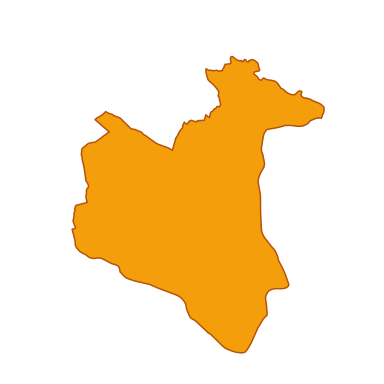 the district of Flandes, Tolima, Colombia, rotated 105°
{"feature_id": "7082276B85738842293141", "entity_name": "Flandes", "entity_type": "district", "adm_level": 2, "iso_a3": "COL", "parent_name": "Colombia", "parent_adm1": "Tolima", "projection": "albers", "projection_center": [-74.854, 4.24], "detail": "fine", "context": "isolated", "style": "filled", "palette": "amber", "viewbox_px": 384, "rotation_deg": 105, "n_neighbors": 0, "source": "geoboundaries", "source_scale": "gbopen_adm2", "svg_char_len": 5889}
<svg xmlns="http://www.w3.org/2000/svg" viewBox="0 0 384 384"><g transform="rotate(105 192 192)"><path d="M291.1,87.7L288.2,88.5L287.2,89.0L282.7,90.5L277.3,92.8L275.4,93.6L273.2,93.7L271.5,93.5L270.4,93.2L269.2,92.9L267.7,92.2L266.8,91.3L265.5,89.9L265.0,89.1L264.2,87.6L263.8,86.4L262.9,83.2L262.1,79.8L261.6,78.7L260.3,76.5L259.8,75.8L259.1,75.3L258.5,74.9L257.8,74.6L257.4,74.5L257.1,74.5L256.4,74.6L255.8,74.8L250.6,78.4L247.7,80.3L244.4,82.9L242.8,84.3L242.0,84.9L239.3,87.4L236.8,89.8L235.5,90.8L231.7,92.8L227.8,96.1L227.1,96.8L225.8,98.4L223.6,101.9L222.8,102.7L221.0,105.2L219.7,106.8L218.7,108.3L217.8,109.5L216.2,111.2L214.6,112.7L213.1,113.8L212.0,114.4L210.9,114.9L211.0,115.0L195.8,119.9L190.4,121.5L183.5,123.3L176.8,125.3L167.3,129.8L165.1,130.7L162.6,131.2L160.4,131.2L156.8,130.9L152.9,129.9L150.0,129.1L148.1,129.0L145.8,129.3L142.4,130.9L137.0,133.6L135.6,134.7L134.0,135.7L131.4,136.4L120.1,137.5L116.6,137.5L112.5,136.1L110.6,132.4L108.4,127.6L106.2,123.4L103.6,119.2L102.2,114.2L101.3,107.5L100.4,104.0L98.9,101.0L96.1,98.0L93.6,96.6L92.4,96.0L91.0,94.2L89.1,91.8L87.8,89.2L87.2,86.7L87.3,86.2L85.3,85.9L83.8,85.8L80.9,85.4L78.9,85.6L77.9,85.9L76.7,86.1L75.8,86.7L75.6,87.0L73.9,90.2L73.4,92.2L73.0,95.0L72.7,98.2L72.5,98.9L72.6,99.0L72.2,100.3L71.8,101.8L71.7,104.5L71.8,106.5L72.1,106.5L72.1,107.6L72.1,108.5L71.8,109.4L71.3,110.6L70.8,111.3L70.5,111.6L70.2,111.8L69.3,111.9L67.6,111.8L66.9,111.8L66.6,112.0L66.5,112.3L66.4,113.3L66.6,114.1L66.7,114.5L67.5,115.5L70.6,117.3L71.4,118.2L71.8,119.1L72.2,120.7L72.1,123.0L71.6,125.5L70.3,128.4L69.2,130.5L69.1,130.8L69.0,132.1L68.9,132.4L68.7,133.0L65.5,136.7L64.5,138.2L63.9,139.3L63.6,140.3L63.5,140.7L63.6,145.0L63.9,146.3L64.0,147.2L64.0,149.9L63.9,150.4L63.3,151.9L63.3,152.1L63.5,152.3L63.9,152.9L64.4,153.2L65.3,153.5L66.0,153.9L66.1,154.2L66.1,155.5L65.6,156.8L65.0,157.5L63.7,158.8L63.4,159.3L63.2,160.1L63.0,160.5L62.6,161.1L62.2,162.3L62.0,162.7L61.6,163.0L60.7,163.0L60.0,162.7L59.7,162.4L58.9,161.1L58.6,160.1L58.0,159.1L57.5,158.5L57.2,158.2L56.8,158.2L56.2,158.4L55.3,159.1L54.2,160.0L51.8,160.9L51.1,161.3L50.6,161.8L50.0,162.6L49.6,163.4L49.1,164.6L48.6,166.2L48.6,167.3L48.6,168.3L48.8,168.9L49.1,169.4L50.4,170.5L50.7,170.9L50.7,171.1L51.5,171.2L51.7,171.3L52.0,171.7L52.0,172.1L51.9,172.9L51.3,173.4L50.4,174.4L50.3,175.1L51.2,176.0L53.0,176.6L53.1,177.3L52.4,178.2L52.5,178.9L53.0,180.0L52.8,182.9L51.6,186.0L50.9,187.2L50.7,188.3L51.1,189.1L51.8,189.5L52.9,189.5L55.6,188.5L56.8,187.9L57.4,187.8L58.1,188.3L58.5,189.0L59.4,191.3L60.0,192.0L60.0,193.0L63.0,193.4L67.1,194.3L67.1,194.9L67.3,195.4L67.7,196.0L68.1,196.4L68.3,196.8L68.3,197.3L68.3,197.9L68.1,198.9L68.0,199.8L68.4,200.5L69.4,203.0L69.5,204.0L69.5,205.8L70.2,206.7L70.1,207.6L69.6,209.3L69.3,209.9L69.4,210.2L69.7,210.3L70.9,210.1L73.1,209.3L78.2,206.4L79.0,205.8L79.7,205.1L80.5,203.9L81.6,201.5L82.9,198.9L84.3,196.8L87.3,192.8L89.0,191.8L92.5,191.6L93.3,190.5L96.8,188.8L100.3,186.8L101.4,187.4L102.4,187.4L102.7,187.7L102.8,188.1L102.9,188.7L102.8,189.7L102.9,190.0L103.2,190.1L104.4,190.4L105.1,190.7L105.4,191.0L105.7,191.6L105.9,191.9L106.6,192.3L108.0,192.7L109.1,193.5L109.9,194.4L110.2,194.5L111.7,194.5L113.2,194.5L114.6,194.4L115.5,194.5L115.5,195.0L114.8,196.7L114.0,198.2L113.9,198.4L114.0,198.6L114.3,198.7L118.1,198.6L119.4,198.7L119.6,198.8L120.2,200.9L120.6,201.8L121.0,202.9L121.2,203.7L121.2,204.3L121.9,204.5L122.0,204.7L122.0,205.4L122.2,205.5L122.8,205.8L123.3,206.4L123.2,206.9L123.1,208.7L122.9,210.4L123.0,211.5L123.8,211.9L124.1,212.2L124.2,212.4L124.1,212.8L124.3,213.1L127.2,213.9L127.6,214.2L127.7,214.9L126.7,217.5L130.0,218.2L130.5,218.2L131.9,217.8L132.5,217.8L133.0,217.9L133.4,218.1L133.9,218.6L134.6,218.9L137.0,219.8L142.0,220.8L144.3,221.6L148.3,221.6L152.5,221.7L155.4,221.7L156.8,221.9L156.3,223.5L155.5,226.8L155.2,230.8L154.9,233.6L154.6,237.3L154.3,238.7L153.8,240.4L152.5,243.6L151.4,246.8L149.7,250.9L149.0,253.8L148.5,254.6L147.9,255.3L147.6,255.7L147.0,258.2L146.7,261.4L146.4,262.7L146.4,264.8L146.7,265.7L146.6,267.5L146.3,268.2L145.2,269.8L142.5,274.8L139.6,279.7L139.0,281.4L138.7,284.6L138.6,286.6L138.3,287.6L137.6,289.0L137.6,292.4L137.2,294.0L136.8,296.3L137.5,296.6L140.8,298.7L142.0,299.9L143.9,301.5L144.1,302.0L145.2,303.1L146.8,304.2L147.2,304.3L155.4,287.6L157.9,289.6L163.1,293.7L164.7,294.9L166.9,296.6L167.6,297.3L168.6,298.2L168.9,298.5L170.2,301.6L171.3,303.6L171.5,304.1L172.3,305.0L178.2,309.2L179.1,309.5L179.5,309.5L182.5,308.9L183.4,308.7L184.1,308.6L184.6,308.6L184.9,308.4L186.1,307.5L187.5,307.1L188.1,306.8L189.1,306.4L190.7,305.6L191.8,304.9L193.7,303.9L197.8,301.9L205.1,298.8L207.1,298.1L208.5,297.4L209.1,296.7L209.9,296.0L210.4,295.3L211.9,294.1L213.2,293.5L214.1,293.4L214.6,293.4L215.3,293.9L215.8,294.2L216.4,294.4L217.1,294.4L218.8,294.2L220.8,293.5L223.3,293.4L224.7,293.0L226.5,292.1L229.2,290.6L229.5,291.0L234.5,299.9L235.2,300.7L236.9,300.9L237.9,300.9L238.6,300.9L240.0,300.3L241.4,300.2L241.8,300.4L242.7,300.5L243.7,300.3L245.6,299.8L247.5,299.6L250.9,299.4L255.0,296.5L256.2,295.4L256.5,295.3L257.1,295.5L257.5,295.7L259.1,298.1L268.7,292.7L274.0,290.7L275.8,289.0L278.5,284.9L279.4,282.1L279.9,279.0L281.2,275.9L281.9,273.6L281.8,270.0L281.4,268.7L280.9,268.1L279.7,264.6L279.6,262.5L279.7,261.0L281.8,251.9L282.0,250.6L282.0,247.2L282.4,244.9L283.0,243.6L283.9,242.7L286.1,241.5L287.8,240.8L290.7,236.1L291.9,233.6L292.3,231.4L292.7,225.5L292.7,221.8L292.2,209.4L293.0,204.1L293.5,200.8L295.7,178.9L296.9,175.4L299.0,172.1L300.3,170.5L302.2,168.9L306.8,166.7L312.6,162.3L314.1,160.4L314.8,158.2L315.4,155.5L324.2,139.2L324.3,138.2L324.4,137.8L324.8,136.9L327.7,131.6L333.0,122.3L334.3,119.4L334.7,116.9L335.1,113.9L335.3,111.4L335.4,108.8L335.2,106.2L334.6,102.8L334.0,100.9L332.9,99.3L330.1,97.9L326.6,96.8L322.7,95.8L318.4,95.1L306.4,93.2L295.7,90.1L291.9,87.8L291.1,87.7Z" fill="#f59e0b" stroke="#b45309" stroke-width="1.5"/></g></svg>